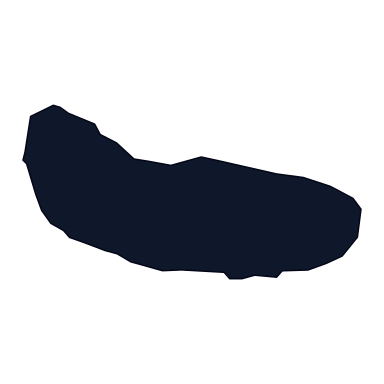 outline of Moch, Federated States of Micronesia
{"feature_id": "79324940B69575341239626", "entity_name": "Moch", "entity_type": "district", "adm_level": 2, "iso_a3": "FSM", "parent_name": "Federated States of Micronesia", "parent_adm1": "", "projection": "mercator", "projection_center": [153.542, 5.491], "detail": "fine", "context": "isolated", "style": "filled", "palette": "ink", "viewbox_px": 384, "rotation_deg": 0, "n_neighbors": 0, "source": "geoboundaries", "source_scale": "gbopen_adm2", "svg_char_len": 622}
<svg xmlns="http://www.w3.org/2000/svg" viewBox="0 0 384 384"><path d="M149.1,161.4L134.0,159.0L116.5,142.9L100.2,134.5L94.6,124.1L68.4,113.3L60.1,107.3L53.3,105.3L30.6,116.4L25.0,152.1L23.0,160.1L26.6,163.7L35.7,194.1L41.7,210.5L50.8,223.3L63.5,230.5L69.5,237.4L84.2,242.6L105.3,250.6L117.2,253.8L130.7,261.8L162.5,270.7L181.6,269.9L224.1,272.3L229.7,278.7L242.0,278.7L254.7,275.2L276.6,277.2L282.2,270.8L308.0,270.0L326.7,263.2L342.2,256.0L357.4,237.2L361.0,209.2L353.0,198.4L330.4,186.4L303.3,177.5L276.3,173.9L217.9,160.6L201.2,157.0L170.9,165.4L149.1,161.4Z" fill="#0f172a" stroke="#020617" stroke-width="1.5"/></svg>